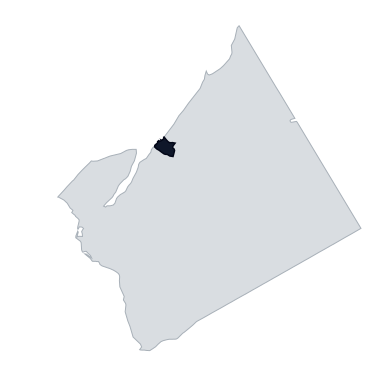 Safaga, Al Bahr al Ahmar, Egypt (highlighted), rotated 239°
{"feature_id": "37247803B18851026884182", "entity_name": "Safaga", "entity_type": "district", "adm_level": 2, "iso_a3": "EGY", "parent_name": "Egypt", "parent_adm1": "Al Bahr al Ahmar", "projection": "equal_earth", "projection_center": [33.857, 26.735], "detail": "fine", "context": "in_parent", "style": "filled", "palette": "ink", "viewbox_px": 384, "rotation_deg": 239, "n_neighbors": 0, "source": "geoboundaries", "source_scale": "gbopen_adm2", "svg_char_len": 4403}
<svg xmlns="http://www.w3.org/2000/svg" viewBox="0 0 384 384"><g transform="rotate(239 192 192)"><path d="M310.2,318.0L303.7,318.0L297.2,318.0L290.6,318.0L284.1,318.0L277.6,318.0L271.1,318.0L264.5,318.0L258.0,318.0L251.5,318.0L245.0,318.0L238.5,318.0L231.9,318.1L225.4,318.1L218.9,318.1L212.4,318.1L205.8,318.1L202.1,318.1L202.8,315.7L203.2,314.0L202.7,312.8L201.5,312.5L200.6,312.9L198.7,317.9L197.6,318.1L195.3,318.1L187.7,318.1L180.1,318.1L172.5,318.1L164.9,318.1L157.3,318.1L149.7,318.1L142.1,318.1L134.5,318.1L127.0,318.1L119.4,318.1L111.8,318.1L104.2,318.1L96.6,318.1L89.0,318.1L81.4,318.1L73.8,318.1L73.9,312.1L74.0,306.1L74.2,300.1L74.3,294.1L74.4,288.2L74.6,282.2L74.7,276.3L74.9,270.3L75.0,264.4L75.1,258.4L75.3,252.5L75.4,246.6L75.6,240.6L75.7,234.7L75.9,228.8L76.0,222.9L76.2,217.0L76.3,211.1L76.5,205.2L76.6,199.4L76.8,193.5L76.9,187.6L77.1,181.8L77.3,175.9L77.4,170.1L77.6,164.2L77.7,158.4L77.9,152.6L78.1,146.7L78.2,140.9L78.4,135.1L78.6,129.3L78.4,128.2L77.5,124.3L76.7,119.3L75.8,113.2L75.7,111.2L74.1,104.9L74.0,103.1L74.5,101.8L77.6,96.5L78.5,93.9L79.4,90.8L79.7,88.3L79.0,84.5L78.1,81.1L77.9,77.5L77.8,74.1L79.4,71.7L81.2,69.5L81.9,68.2L83.0,66.6L83.8,65.9L85.1,69.0L88.1,69.5L98.0,66.8L108.7,69.6L114.6,70.6L123.7,73.0L129.2,77.2L130.7,77.7L134.8,77.6L137.4,80.1L147.8,81.3L153.4,84.1L156.5,86.3L158.4,87.0L160.1,86.9L162.4,86.0L165.3,84.5L168.5,82.3L175.0,76.8L177.3,75.8L178.8,76.1L180.6,76.0L181.4,74.5L182.4,73.5L183.0,72.3L184.0,70.9L187.4,70.6L194.2,68.2L193.4,69.3L187.2,72.0L189.8,72.3L192.6,71.4L195.6,70.8L196.2,69.7L196.6,67.5L197.2,67.2L199.3,67.6L205.6,70.9L207.2,71.0L211.7,69.2L212.6,68.8L214.1,69.8L217.3,73.9L216.2,73.8L212.7,70.3L212.4,72.1L210.3,75.2L212.8,76.5L214.9,77.0L215.9,78.7L216.6,80.3L218.6,79.6L220.1,77.5L219.4,76.3L218.8,75.1L219.5,75.1L220.9,76.1L224.9,80.0L226.2,80.9L227.8,80.7L231.1,79.6L232.0,79.8L236.3,78.3L236.9,79.4L237.6,80.5L241.1,79.3L246.6,79.3L251.2,78.0L256.4,74.9L256.8,74.4L257.1,75.2L257.7,77.3L259.3,82.8L260.7,87.0L262.4,93.0L263.0,95.2L263.2,96.8L265.7,103.3L267.2,108.7L268.3,113.1L269.8,119.5L270.5,121.7L269.4,122.9L267.3,127.0L265.0,140.3L261.7,150.7L261.4,157.2L260.8,159.5L259.3,162.8L257.3,166.1L253.9,164.4L248.4,158.7L245.2,153.3L241.7,149.8L238.5,145.2L237.6,141.9L237.6,139.8L236.2,134.6L235.2,132.1L231.2,126.6L230.1,123.7L229.2,122.4L228.4,120.6L226.9,113.4L225.4,108.9L223.6,110.2L223.9,112.1L222.3,114.7L221.4,117.8L222.1,120.2L225.3,124.0L226.0,125.7L226.7,129.3L226.6,134.2L227.1,135.9L229.5,139.5L230.4,141.7L230.9,143.6L231.7,145.3L234.1,148.5L237.6,154.5L240.9,158.6L243.2,160.6L244.3,162.6L244.5,167.7L244.3,170.1L246.4,174.7L247.2,177.1L249.2,179.0L250.1,181.1L251.0,184.7L252.3,195.1L254.0,197.7L259.5,211.5L264.2,220.2L266.4,226.8L269.9,234.7L276.6,252.3L280.7,257.7L282.3,260.7L285.2,263.1L288.3,266.5L285.3,266.1L284.6,266.3L283.5,266.9L283.0,269.0L282.8,270.7L283.2,279.6L284.1,284.1L286.8,292.8L288.8,295.3L289.7,297.0L291.1,298.2L297.4,301.2L301.1,307.4L309.4,315.3L310.2,317.5L310.2,318.0Z" fill="#d9dde1" stroke="#a8b0b8" stroke-width="1"/><path d="M232.2,194.0L233.8,195.7L235.1,197.0L236.5,198.4L238.0,198.8L239.7,198.2L240.9,198.9L241.7,200.5L242.6,202.7L244.5,200.6L245.0,199.4L246.1,198.0L247.4,197.4L250.2,196.8L253.5,196.4L253.5,196.1L253.4,196.1L253.3,195.9L253.2,195.8L253.0,195.7L252.9,195.5L252.8,195.4L252.6,195.3L252.5,195.2L252.4,195.1L252.2,195.1L252.0,194.8L252.0,194.7L251.9,194.6L251.9,194.3L251.9,194.1L252.0,193.9L251.9,193.5L251.9,193.4L252.0,193.1L252.0,192.8L252.0,192.6L252.3,192.4L252.2,192.4L252.1,192.2L251.9,192.0L251.9,191.7L251.9,191.4L252.0,191.3L252.0,191.2L252.1,190.9L252.1,190.7L252.1,190.4L252.2,190.2L252.3,190.2L252.4,189.9L252.4,189.6L252.5,189.5L252.7,189.8L252.8,189.8L252.8,190.0L253.1,190.0L253.2,189.9L253.1,189.7L253.0,189.4L252.9,189.3L252.9,189.2L253.0,188.8L253.0,188.6L252.9,188.5L252.7,188.6L252.6,188.8L252.4,188.7L252.4,188.3L252.3,188.2L252.2,188.1L252.0,187.9L251.9,187.8L251.8,187.6L251.8,187.4L251.7,187.2L251.6,186.9L251.6,186.7L251.4,186.4L251.2,186.2L251.3,186.0L251.4,185.9L251.2,185.7L251.0,185.3L250.9,185.1L250.9,184.9L251.0,184.8L251.3,184.9L251.3,184.7L251.2,184.4L251.1,184.2L250.9,184.0L250.7,183.8L250.5,183.7L250.4,183.7L250.2,183.5L250.1,183.4L249.9,183.3L249.8,183.2L247.0,184.0L244.7,185.3L241.9,186.4L239.0,187.7L238.0,188.6L236.9,190.2L234.3,191.5L232.2,194.0Z" fill="#0f172a" stroke="#020617" stroke-width="1.5"/></g></svg>